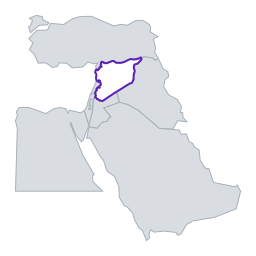 Syria highlighted, Natural Earth projection
{"feature_id": "SYR", "entity_name": "Syria", "entity_type": "country or territory", "adm_level": 0, "iso_a3": "SYR", "parent_name": "Asia", "parent_adm1": "", "projection": "natural_earth1", "projection_center": [38.0, 34.807], "detail": "fine", "context": "with_neighbors", "style": "outline", "palette": "violet", "viewbox_px": 256, "rotation_deg": 0, "n_neighbors": 8, "source": "natural_earth", "source_scale": "50m", "svg_char_len": 4801}
<svg xmlns="http://www.w3.org/2000/svg" viewBox="0 0 256 256"><path d="M95.5,92.6L93.5,100.3L90.9,99.1L89.3,104.9L91.1,105.9L89.3,107.1L89.0,109.4L92.3,108.2L92.5,111.6L88.8,125.6L84.2,110.6L86.3,107.7L90.3,94.3L95.5,92.6Z" fill="#d9dde1" stroke="#a8b0b8" stroke-width="1"/><path d="M95.5,92.6L90.5,94.2L96.8,80.6L100.0,81.1L101.1,84.5L97.2,87.8L95.5,92.6Z" fill="#d9dde1" stroke="#a8b0b8" stroke-width="1"/><path d="M92.3,108.2L89.0,109.4L89.3,107.1L91.1,105.9L89.3,104.9L90.9,99.1L93.5,100.3L92.3,108.2Z" fill="#d9dde1" stroke="#a8b0b8" stroke-width="1"/><path d="M93.5,100.3L94.7,97.5L102.6,101.0L116.6,91.7L119.5,102.3L103.8,108.1L111.0,116.8L108.6,118.3L107.4,121.2L101.9,122.4L97.0,128.3L89.0,126.9L88.8,125.6L92.5,111.6L93.5,100.3Z" fill="#d9dde1" stroke="#a8b0b8" stroke-width="1"/><path d="M119.5,102.3L116.6,91.7L132.3,82.6L134.8,72.0L134.1,65.7L137.9,63.5L141.5,58.1L144.4,56.7L152.6,57.8L155.1,60.1L158.4,58.6L163.2,69.0L167.9,71.6L168.6,76.7L165.1,79.7L163.6,86.5L168.7,94.9L177.5,99.6L181.4,106.3L180.4,112.6L182.7,112.6L182.9,117.3L187.0,121.9L177.8,120.7L172.7,129.1L159.3,128.4L138.8,110.8L128.1,104.7L119.5,102.3Z" fill="#d9dde1" stroke="#a8b0b8" stroke-width="1"/><path d="M158.4,58.6L155.1,60.1L152.6,57.8L144.4,56.7L129.7,59.3L121.7,62.6L115.9,62.6L112.1,60.9L104.4,63.4L102.1,61.7L101.7,66.5L97.9,70.4L95.4,66.4L98.0,63.1L93.8,63.9L87.9,61.9L83.0,66.9L72.3,67.9L66.7,63.2L59.1,62.9L57.4,66.5L52.5,67.5L45.9,62.9L38.2,63.1L34.3,54.4L29.4,49.6L33.1,42.8L28.8,38.6L36.8,30.3L47.5,30.0L50.6,23.4L63.7,24.5L72.1,18.9L80.2,16.5L91.5,16.3L113.4,25.8L121.4,24.4L127.3,25.2L135.4,20.7L142.7,20.3L149.5,24.5L150.7,27.6L150.1,31.8L158.1,36.5L153.4,38.9L155.8,48.9L154.5,51.6L158.4,58.6ZM29.3,18.2L36.4,15.4L42.3,16.6L43.0,19.9L48.9,22.7L47.6,24.8L39.4,25.3L30.4,32.7L28.5,26.8L30.2,25.9L32.6,20.4L29.3,18.2Z" fill="#d9dde1" stroke="#a8b0b8" stroke-width="1"/><path d="M89.0,126.9L97.0,128.3L101.9,122.4L107.4,121.2L108.6,118.3L111.0,116.8L103.8,108.1L119.5,102.3L128.1,104.7L138.8,110.8L159.3,128.4L179.2,130.0L181.1,134.2L186.2,133.9L189.2,141.5L192.8,143.5L194.1,146.5L199.2,150.2L200.1,159.7L204.4,167.2L206.7,168.9L208.7,168.3L213.5,182.5L235.7,186.9L237.1,185.0L240.6,191.2L236.3,208.7L214.3,217.4L193.1,220.8L186.3,224.7L181.1,233.9L177.7,235.3L175.8,232.4L164.4,231.1L153.9,232.1L150.8,229.8L148.9,234.1L149.7,237.8L146.4,240.6L142.6,230.7L138.7,227.6L134.8,220.3L132.7,213.2L127.5,207.2L124.2,205.7L119.3,197.4L118.8,186.2L114.6,176.5L107.2,171.3L103.2,159.7L101.1,157.8L90.2,138.2L86.6,138.2L89.0,126.9Z" fill="#d9dde1" stroke="#a8b0b8" stroke-width="1"/><path d="M102.6,191.2L15.5,191.2L17.3,127.9L15.4,120.9L17.4,115.5L16.4,111.7L19.1,107.5L28.7,107.4L45.8,113.6L54.4,108.4L60.7,107.6L65.8,108.7L67.7,113.1L69.4,110.2L80.7,112.8L84.2,110.6L88.8,125.6L83.1,140.3L81.4,141.8L75.8,135.1L70.9,122.6L70.1,123.3L82.7,155.0L94.1,174.4L92.6,175.9L92.9,181.6L102.6,191.2Z" fill="#d9dde1" stroke="#a8b0b8" stroke-width="1"/><path d="M96.1,69.5L96.6,69.6L97.8,70.3L98.0,70.2L98.3,69.3L98.6,69.0L99.3,68.8L99.5,67.3L99.9,67.0L100.2,66.9L100.9,66.8L101.4,66.8L101.4,66.5L100.7,64.8L100.8,64.4L101.1,62.7L101.3,62.0L101.5,61.8L102.4,61.9L103.5,62.2L103.8,62.7L104.4,63.1L105.3,63.1L106.2,63.2L107.0,63.2L107.6,62.9L109.0,62.3L109.7,62.1L110.3,61.9L112.3,60.9L113.1,61.0L113.7,61.1L114.1,61.3L115.0,61.9L115.8,62.6L116.4,62.8L117.3,62.7L118.8,62.9L120.5,62.9L121.5,62.7L122.8,62.4L125.1,61.6L128.2,60.0L129.9,59.2L130.7,59.1L131.7,59.1L132.7,59.3L133.9,59.5L134.4,59.5L135.6,59.3L137.2,59.0L138.2,58.7L139.4,58.3L140.2,57.6L140.4,57.5L140.7,57.6L140.9,57.7L141.2,58.1L141.5,59.1L141.5,59.5L140.7,60.4L139.6,61.6L138.9,62.3L137.6,63.6L136.6,63.9L135.0,64.3L134.5,64.7L134.1,65.5L133.9,66.4L133.8,67.0L133.8,68.2L134.2,69.3L134.6,70.5L134.7,71.2L134.6,71.9L134.3,72.7L133.9,73.8L133.7,75.0L133.6,77.3L133.6,79.2L133.6,79.5L132.9,80.9L132.1,82.5L131.8,82.9L130.0,83.4L128.1,84.5L126.0,85.8L124.1,87.0L122.1,88.3L120.0,89.6L118.5,90.5L116.5,91.8L114.6,92.9L112.8,94.1L111.4,95.1L109.2,96.5L108.0,97.3L106.1,98.6L104.5,99.7L102.5,101.0L100.1,100.6L99.4,100.4L98.7,99.8L98.3,99.4L97.1,99.1L96.4,97.9L96.0,97.5L95.2,97.3L95.5,96.6L95.6,96.1L95.9,95.5L95.7,95.1L95.6,94.3L95.5,94.1L95.4,93.8L95.5,93.6L95.5,93.3L95.4,93.2L95.3,92.8L95.2,92.5L95.3,92.1L95.4,91.8L95.6,91.4L95.8,91.2L96.1,90.9L96.2,90.6L96.5,90.3L96.9,90.1L97.0,89.9L96.9,89.8L96.6,89.6L96.4,89.2L96.5,88.6L96.7,88.4L96.9,88.2L97.4,87.7L97.8,87.7L98.2,87.7L98.8,87.7L99.2,87.8L99.4,87.7L98.8,87.2L98.7,86.9L98.9,86.6L99.3,86.2L99.8,85.8L100.0,85.8L100.6,85.1L100.9,84.3L100.4,82.5L100.0,82.2L99.5,81.9L99.1,81.9L99.6,81.3L99.9,80.9L99.5,80.5L98.9,80.3L98.7,80.7L97.9,80.8L96.6,80.8L96.1,78.8L96.0,78.0L96.1,77.0L96.4,75.6L96.3,74.9L96.3,74.5L96.2,73.9L95.2,72.5L95.7,70.1L96.1,69.5Z" fill="none" stroke="#5b21b6" stroke-width="2"/></svg>